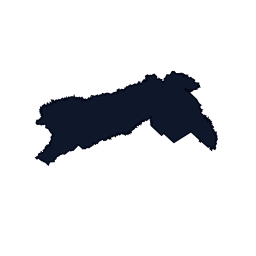 the district of Murray River, New South Wales, Australia, rotated 125°
{"feature_id": "25037944B78114295205688", "entity_name": "Murray River", "entity_type": "district", "adm_level": 2, "iso_a3": "AUS", "parent_name": "Australia", "parent_adm1": "New South Wales", "projection": "mercator", "projection_center": [144.402, -35.23], "detail": "fine", "context": "isolated", "style": "filled", "palette": "ink", "viewbox_px": 256, "rotation_deg": 125, "n_neighbors": 0, "source": "geoboundaries", "source_scale": "gbopen_adm2", "svg_char_len": 5882}
<svg xmlns="http://www.w3.org/2000/svg" viewBox="0 0 256 256"><g transform="rotate(125 128 128)"><path d="M53.2,93.1L52.2,94.2L52.5,95.2L50.9,95.9L52.3,98.2L52.5,100.0L52.2,101.0L50.9,100.9L50.6,101.9L51.1,104.2L50.7,105.5L51.5,105.8L52.2,107.2L51.7,108.4L52.0,109.6L50.9,109.6L51.4,110.4L52.0,110.2L51.6,111.2L52.1,110.7L52.1,111.9L53.1,112.2L52.2,112.5L52.7,113.0L52.1,113.6L52.7,114.2L52.4,115.0L52.9,115.9L53.9,115.7L54.0,117.0L56.1,119.6L55.5,122.2L56.2,122.1L55.9,123.2L56.4,124.0L60.6,123.7L62.2,126.5L65.8,125.8L66.6,126.5L69.2,124.9L70.5,126.5L70.3,127.6L69.2,128.1L70.0,129.9L69.8,130.9L70.7,130.7L71.3,132.3L70.3,134.2L69.6,134.2L69.1,137.4L71.9,138.8L72.2,140.0L73.2,140.3L73.5,142.1L74.5,141.7L74.3,142.8L75.5,143.2L76.3,141.8L77.1,141.9L77.1,140.6L78.2,140.8L78.3,140.3L79.0,141.7L79.7,141.2L79.8,142.2L80.4,141.8L80.2,142.5L82.5,142.6L83.0,142.0L84.4,142.5L84.7,144.0L84.0,144.6L84.5,144.7L84.3,145.4L86.4,145.3L88.5,146.7L88.1,147.5L91.3,149.0L91.6,150.7L92.5,150.5L92.9,151.2L95.3,152.0L95.1,152.5L97.3,152.5L97.2,153.1L100.0,152.5L100.2,153.4L99.4,153.8L100.3,155.5L102.0,155.9L102.2,156.7L101.5,157.6L103.0,158.4L103.2,157.5L104.8,157.7L105.2,157.1L105.8,158.4L107.1,159.1L107.0,159.7L110.2,161.0L111.1,164.2L112.2,165.6L113.1,166.2L113.8,165.8L114.5,168.5L116.4,168.4L117.0,169.8L118.4,169.9L119.0,170.6L118.6,171.7L121.0,173.1L122.5,176.1L123.3,174.9L124.6,174.6L125.0,175.1L124.6,176.2L127.0,176.0L126.3,177.3L128.6,177.4L128.8,179.1L129.5,179.0L129.1,179.4L129.7,180.1L130.8,179.8L130.0,181.5L130.8,181.5L130.8,181.8L130.1,181.7L129.8,182.4L131.3,182.3L130.4,183.4L131.1,183.5L131.5,183.8L130.5,183.9L131.3,184.4L131.1,185.3L131.8,185.2L131.7,185.9L132.4,186.3L133.0,185.9L133.4,186.0L132.6,186.8L133.3,187.1L132.8,188.0L133.9,189.2L133.1,190.2L134.3,189.8L133.8,190.8L134.3,190.3L134.5,191.5L136.1,193.1L137.1,193.5L137.5,192.9L137.3,193.6L138.0,193.6L137.6,194.1L138.5,194.0L138.5,194.8L138.8,194.4L139.1,194.4L138.7,195.3L139.2,195.1L139.6,196.2L140.2,195.2L140.1,196.4L141.2,195.9L140.9,196.7L141.7,196.5L141.3,198.6L144.1,199.4L144.4,200.5L144.9,199.9L145.5,201.4L146.6,201.7L146.4,202.8L148.1,203.1L148.8,202.1L149.0,203.5L148.3,205.1L149.0,206.4L149.8,205.2L149.0,204.7L149.6,204.9L149.5,204.0L150.1,203.6L151.0,204.4L151.7,204.1L151.8,206.2L154.3,204.9L154.0,208.1L156.6,207.2L157.2,207.6L156.6,209.8L157.8,210.1L157.6,209.6L158.3,209.2L159.2,210.6L160.6,210.0L161.1,211.3L162.7,209.7L162.5,210.4L163.4,210.7L163.8,209.8L163.3,209.2L164.0,209.4L163.5,208.7L164.3,209.2L165.9,208.5L165.9,206.9L166.6,206.7L166.3,206.0L167.0,206.0L167.0,205.3L167.4,205.8L167.6,204.7L172.8,205.4L174.0,206.9L176.5,206.0L176.9,205.1L176.6,203.8L175.5,203.1L175.0,200.8L173.8,200.3L173.8,199.5L172.1,198.2L172.3,196.8L174.7,195.5L174.0,192.7L176.0,188.3L175.7,186.1L177.2,186.0L177.9,185.1L179.4,185.7L181.7,183.6L182.5,183.9L184.7,182.8L184.9,183.8L186.5,182.4L187.4,183.2L187.6,182.4L188.2,183.6L188.5,183.1L189.9,183.3L189.5,184.5L191.6,184.4L192.3,183.6L194.8,184.4L194.9,183.5L196.5,183.3L197.6,183.8L197.5,185.2L198.5,184.7L200.3,186.1L202.5,185.2L205.1,186.5L205.4,184.9L203.9,184.7L204.1,179.9L203.7,179.8L203.8,177.3L203.0,177.1L203.9,172.2L200.7,172.9L197.8,169.4L196.7,170.3L194.4,169.6L192.7,170.3L190.3,168.8L188.1,168.7L188.2,168.0L186.4,166.9L185.6,165.0L180.0,163.4L179.4,161.8L178.8,161.8L177.6,160.2L170.0,159.1L170.8,153.0L169.8,152.4L169.6,151.4L167.6,150.8L166.1,148.5L164.3,148.5L164.3,148.0L162.7,147.4L160.4,147.7L160.8,147.2L160.0,147.3L159.8,145.5L158.6,145.8L158.2,144.4L154.6,144.6L154.6,144.0L153.9,144.1L153.6,143.3L151.6,142.7L151.9,140.6L150.7,140.5L150.9,139.6L149.8,138.9L148.3,139.5L147.9,138.7L147.3,139.1L147.1,138.3L147.8,138.4L147.4,136.8L146.7,137.2L146.6,136.7L146.2,137.5L145.2,136.7L144.3,137.1L143.9,135.8L142.5,135.7L142.8,135.3L141.8,134.4L142.0,133.5L140.6,133.9L139.9,132.7L139.3,133.1L139.4,132.4L139.1,133.1L138.5,131.9L137.9,132.5L137.8,131.6L138.2,131.7L137.3,131.3L137.7,130.9L135.9,130.5L135.9,129.8L135.1,130.2L134.7,129.6L135.3,129.1L134.1,128.8L135.3,127.8L134.6,126.8L135.0,126.3L133.3,126.0L133.4,125.4L132.5,125.7L132.7,124.6L132.1,124.8L131.7,124.0L131.3,124.5L131.8,124.9L131.0,125.0L131.1,123.7L130.4,124.2L130.0,123.4L129.6,124.0L129.5,123.3L128.9,123.9L125.4,122.8L125.1,123.8L124.4,122.7L123.4,123.1L122.9,122.3L122.3,123.0L122.2,122.3L121.7,123.3L120.5,122.5L120.9,121.8L120.2,122.3L120.0,121.4L119.5,122.0L118.3,121.4L119.1,120.7L118.2,121.1L118.2,120.3L116.8,120.7L116.8,120.2L116.1,120.9L115.8,120.2L114.7,120.9L113.9,119.6L113.6,120.4L112.8,120.0L112.7,118.6L111.0,118.5L110.9,117.9L110.4,118.4L110.8,117.5L109.8,117.6L110.0,117.1L109.2,117.2L108.5,116.1L106.3,116.1L106.8,115.2L105.9,115.1L106.0,114.6L108.9,113.9L109.0,113.1L110.5,112.4L109.4,111.6L110.5,110.9L111.9,111.1L111.8,110.3L112.6,110.3L114.6,96.4L111.7,95.7L113.5,82.2L94.8,74.3L96.5,61.7L97.7,61.9L97.8,60.8L96.6,60.7L97.6,51.4L96.5,51.2L96.4,49.8L96.5,48.6L97.9,48.8L98.1,47.0L97.1,47.6L95.8,46.7L95.6,44.7L93.8,45.1L93.3,46.4L90.3,46.8L90.6,47.6L90.1,48.1L89.0,47.8L87.5,49.1L87.1,48.5L86.0,48.7L85.4,49.5L86.1,49.7L86.0,50.2L83.7,50.6L83.4,51.8L82.2,52.7L82.7,52.9L82.0,53.0L82.3,53.9L81.5,53.8L82.1,54.5L81.3,55.3L81.8,56.7L80.5,56.8L80.8,58.5L79.7,59.4L78.9,58.6L78.3,58.8L78.5,60.0L77.7,60.7L78.7,61.4L77.7,62.5L76.4,62.2L76.3,63.7L75.4,63.7L76.0,64.4L75.1,64.7L75.4,65.5L74.6,66.0L75.1,66.8L76.0,66.8L74.4,67.9L75.1,67.9L74.8,68.8L75.8,68.6L75.5,69.4L76.3,69.6L75.5,69.8L75.8,70.5L75.3,70.3L75.3,70.9L74.7,70.5L74.7,71.4L73.7,71.3L74.0,72.2L73.1,72.1L74.7,72.5L74.1,77.6L72.0,77.3L71.9,78.1L70.8,77.9L71.5,79.1L70.5,79.8L70.1,81.8L67.6,81.5L67.4,84.3L65.5,88.1L63.5,101.1L64.0,101.2L63.7,103.6L62.4,103.2L62.9,101.4L61.8,99.4L63.1,98.8L62.4,97.6L61.0,97.2L60.6,97.8L60.4,96.7L58.2,96.5L57.9,95.3L56.5,94.0L55.5,94.7L54.6,94.5L54.8,93.2L54.0,94.7L53.4,94.8L53.2,93.1Z" fill="#0f172a" stroke="#020617" stroke-width="1.5"/></g></svg>